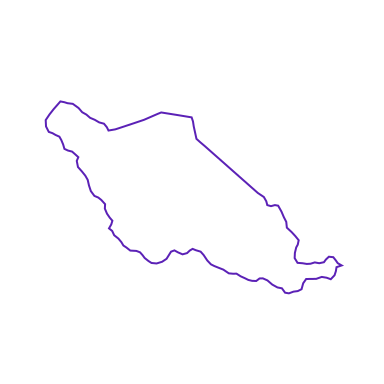 outline of Varzedo, Bahia, Brazil, rotated 335°
{"feature_id": "56859067B79843241756846", "entity_name": "Varzedo", "entity_type": "district", "adm_level": 2, "iso_a3": "BRA", "parent_name": "Brazil", "parent_adm1": "Bahia", "projection": "natural_earth1", "projection_center": [-39.391, -12.955], "detail": "fine", "context": "isolated", "style": "outline", "palette": "violet", "viewbox_px": 384, "rotation_deg": 335, "n_neighbors": 0, "source": "geoboundaries", "source_scale": "gbopen_adm2", "svg_char_len": 1953}
<svg xmlns="http://www.w3.org/2000/svg" viewBox="0 0 384 384"><g transform="rotate(335 192 192)"><path d="M89.8,65.0L87.4,70.9L87.6,77.0L90.4,79.7L92.5,82.7L95.2,85.8L95.5,89.7L95.3,94.5L94.6,99.0L97.1,102.0L100.4,104.7L102.2,108.8L103.7,112.4L100.7,115.1L99.2,121.2L100.9,126.8L102.2,132.1L102.6,136.9L101.4,142.5L100.7,148.4L101.9,154.3L104.7,157.4L106.4,160.8L108.1,166.3L106.0,170.2L105.8,175.7L106.6,180.5L107.7,184.4L105.1,187.3L101.4,189.9L103.2,193.6L103.2,198.3L105.6,203.1L106.8,207.6L107.2,211.5L109.1,214.6L111.3,219.0L116.7,221.9L119.4,224.7L120.5,228.3L121.2,231.8L123.4,236.2L125.3,239.2L129.7,241.8L135.4,242.6L140.7,241.8L144.1,239.6L147.8,237.2L151.4,237.5L153.8,240.8L157.1,244.5L161.7,245.3L165.3,244.1L168.5,243.8L170.9,246.4L174.6,249.7L175.9,254.0L176.9,260.5L178.6,265.6L181.0,268.6L183.9,271.7L187.6,275.6L191.0,281.3L194.8,283.5L197.8,284.8L200.5,289.0L203.5,292.5L205.9,295.5L208.9,297.9L212.6,299.8L216.7,298.9L219.7,300.2L223.0,304.0L225.6,309.8L229.1,314.6L232.8,317.3L233.8,322.6L237.0,324.8L241.9,325.2L246.0,326.5L250.2,326.4L254.2,321.7L258.7,319.1L263.4,321.2L267.8,323.2L273.7,323.8L277.8,326.6L280.9,329.7L286.0,327.7L288.9,324.6L291.2,321.2L296.6,321.8L294.0,318.1L293.4,314.6L292.5,310.8L288.7,308.5L284.8,309.8L281.9,311.4L277.2,310.3L273.5,307.7L269.1,307.1L265.6,305.7L262.1,303.3L257.7,300.8L257.1,295.3L259.5,290.7L263.0,286.3L265.6,284.4L268.3,280.8L267.0,275.6L265.3,270.3L262.9,264.4L264.8,258.9L264.6,253.6L264.8,247.7L264.3,240.8L261.6,238.9L257.6,238.2L254.7,235.7L255.4,231.8L255.0,226.9L251.3,220.8L247.5,212.1L222.9,155.6L220.5,150.4L218.5,145.7L221.3,133.3L222.7,128.5L223.2,124.2L210.6,115.6L197.7,106.9L193.8,106.7L179.0,106.3L168.3,105.1L152.1,103.2L148.9,102.8L142.3,101.0L142.2,97.3L141.1,92.9L137.3,89.7L134.4,85.5L131.0,81.7L129.0,77.2L126.2,73.3L124.7,68.0L121.2,61.7L116.7,58.9L114.3,56.7L111.0,54.3L101.5,58.5L95.6,61.5L89.8,65.0Z" fill="none" stroke="#5b21b6" stroke-width="2"/></g></svg>